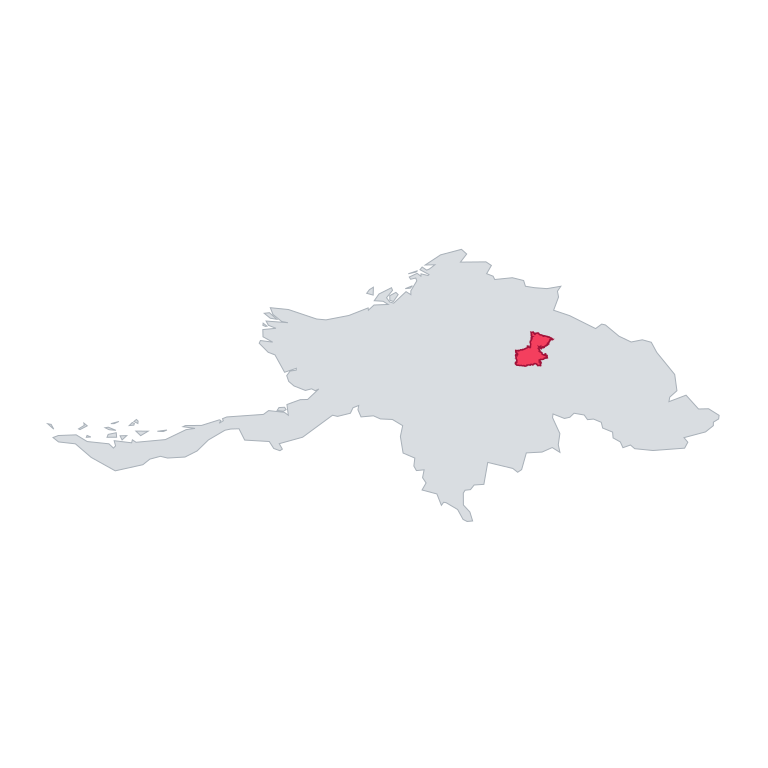 Kanbalu, Sagaing, Myanmar (highlighted), rotated 91°
{"feature_id": "60261553B80816237630627", "entity_name": "Kanbalu", "entity_type": "district", "adm_level": 2, "iso_a3": "MMR", "parent_name": "Myanmar", "parent_adm1": "Sagaing", "projection": "natural_earth1", "projection_center": [95.451, 23.357], "detail": "fine", "context": "in_parent", "style": "filled", "palette": "rose", "viewbox_px": 768, "rotation_deg": 91, "n_neighbors": 0, "source": "geoboundaries", "source_scale": "gbopen_adm2", "svg_char_len": 9031}
<svg xmlns="http://www.w3.org/2000/svg" viewBox="0 0 768 768"><g transform="rotate(91 384 384)"><path d="M489.3,344.1L482.2,340.2L477.0,343.8L469.1,342.4L470.0,350.1L465.5,352.7L457.5,351.9L452.7,363.7L436.2,366.7L425.3,364.6L419.3,375.0L419.0,386.9L416.0,394.0L417.3,406.4L410.2,409.6L405.9,408.9L408.3,414.6L413.8,417.1L417.2,429.9L416.1,434.9L438.6,464.4L445.5,487.7L450.9,484.5L452.5,486.9L450.4,493.1L443.5,497.7L442.5,522.3L431.3,528.2L431.7,536.4L433.0,542.2L443.0,558.6L454.2,569.7L460.5,581.7L461.8,599.1L460.2,606.3L463.2,616.8L468.9,623.7L475.5,651.2L462.5,675.5L449.2,691.5L447.6,708.4L443.3,714.0L441.2,708.7L440.2,690.9L446.7,679.8L448.6,658.0L452.8,653.4L450.6,651.3L445.4,652.8L447.2,635.3L444.2,634.6L446.6,630.9L443.4,601.6L433.1,581.1L431.7,572.2L430.2,584.2L429.0,581.8L428.6,565.7L422.7,548.0L423.3,546.5L426.1,548.0L423.5,544.0L421.5,544.9L419.7,540.6L416.5,504.0L412.6,498.9L414.1,483.1L416.9,479.1L406.2,480.7L401.1,467.4L400.8,460.1L390.1,449.1L391.9,452.6L390.1,456.3L391.8,462.5L387.5,474.0L383.1,479.3L377.3,481.4L372.7,478.1L371.7,472.0L369.8,471.9L374.0,483.6L356.8,493.5L354.3,500.4L345.4,509.5L342.7,508.3L344.1,496.0L338.9,505.8L331.7,506.1L330.2,493.0L327.3,500.6L323.1,503.0L324.4,481.1L323.2,487.5L316.4,496.2L309.7,499.0L311.2,480.9L320.2,452.5L320.9,443.1L316.1,420.3L308.2,401.2L310.5,400.9L305.2,395.4L304.4,381.2L301.3,386.3L300.9,395.2L294.1,390.6L287.6,378.2L290.2,377.1L297.7,383.0L301.9,379.7L303.0,375.7L291.3,363.6L294.2,358.7L290.4,358.8L280.3,353.0L277.5,354.1L278.8,359.2L276.6,360.6L272.8,352.8L275.6,349.0L273.2,348.9L274.8,341.9L273.8,340.9L269.1,350.0L266.4,347.9L269.4,343.3L268.2,340.6L263.9,335.2L264.3,344.9L253.9,329.7L248.0,308.9L252.6,303.6L260.8,309.7L260.1,284.2L263.6,278.7L271.9,283.3L274.3,276.8L277.6,275.1L275.5,257.5L278.1,246.2L283.8,244.3L285.1,235.1L285.8,222.7L283.2,208.9L288.2,212.2L294.0,211.0L307.3,215.7L312.4,199.6L324.9,173.4L320.3,167.4L321.1,163.6L332.1,149.9L337.7,137.6L335.3,126.5L337.6,117.5L347.7,111.8L369.4,93.5L385.6,91.0L392.2,98.1L396.7,98.8L389.9,81.8L403.5,69.1L403.1,59.0L409.5,48.4L413.1,48.8L416.4,54.0L419.9,54.0L426.3,61.7L432.4,83.1L436.9,79.2L442.9,82.3L445.8,113.9L444.3,132.2L440.7,136.5L443.5,144.0L437.8,146.7L433.9,154.0L428.1,154.6L424.2,164.6L418.5,166.1L415.4,173.9L416.1,179.9L411.5,183.3L409.9,193.5L414.0,197.6L415.3,203.0L411.0,214.5L414.7,214.9L430.5,207.3L441.7,208.7L449.3,206.9L444.6,214.7L449.3,224.8L450.4,240.5L467.2,244.9L469.9,248.8L466.2,253.7L460.6,278.9L482.6,282.4L483.4,292.1L488.1,295.7L488.8,301.1L491.7,302.8L503.6,302.5L510.5,295.9L519.4,293.0L520.0,298.5L518.0,302.6L508.2,308.2L501.6,319.8L501.2,322.3L504.3,324.5L493.0,329.2L489.3,344.1ZM294.4,371.4L301.4,376.1L300.1,379.6L295.6,379.8L292.2,373.7L294.4,371.4ZM435.3,619.0L439.9,626.4L435.4,631.3L435.3,619.0ZM293.6,402.9L289.9,400.2L287.4,396.3L295.3,396.4L293.6,402.9ZM441.9,650.4L442.1,660.0L439.2,658.9L437.4,650.9L441.9,650.4ZM320.2,498.9L315.4,505.0L314.7,499.8L321.2,492.2L320.2,498.9ZM412.3,490.4L409.4,488.6L409.0,483.0L411.3,481.4L413.0,484.1L412.3,490.4ZM432.6,662.1L432.0,658.9L435.0,651.2L434.5,658.0L432.6,662.1ZM431.0,680.0L434.9,687.2L434.2,688.6L430.6,683.0L428.3,683.4L431.0,680.0ZM444.5,644.9L440.4,647.0L440.1,640.3L444.5,644.9ZM434.9,713.4L429.6,719.6L430.2,716.1L434.9,713.4ZM271.5,353.9L273.4,361.7L270.1,352.4L271.5,353.9ZM435.4,603.9L435.2,609.8L433.8,600.2L435.4,603.9ZM287.7,359.4L288.3,364.4L285.3,357.3L287.7,359.4ZM430.0,638.0L426.9,635.0L427.9,632.9L429.5,633.4L430.0,638.0ZM427.8,629.4L425.8,633.4L423.8,630.9L425.4,629.2L427.8,629.4ZM428.3,653.0L428.4,656.4L426.1,648.4L428.3,653.0ZM327.5,506.1L325.3,505.9L328.2,502.0L328.5,503.4L327.5,506.1ZM442.5,680.7L440.6,680.0L442.1,676.2L442.5,680.7Z" fill="#d9dde1" stroke="#a8b0b8" stroke-width="1"/><path d="M362.7,228.9L363.0,228.1L362.9,227.8L362.7,227.9L362.4,227.7L362.1,227.9L361.1,227.7L361.1,227.9L360.9,227.9L360.7,228.0L360.5,227.7L360.3,228.0L360.3,227.8L360.1,227.8L359.9,227.7L359.7,227.5L359.7,227.4L358.9,227.8L358.8,228.4L358.6,228.5L358.5,228.8L358.4,229.0L358.2,228.7L358.0,228.9L357.9,228.8L357.6,229.0L357.6,228.7L357.4,228.6L357.2,228.2L356.9,228.4L356.6,228.0L356.7,226.8L356.6,226.3L356.7,226.0L356.6,225.8L356.5,225.2L356.4,224.9L356.1,224.6L355.8,224.2L355.4,224.2L355.4,223.9L355.2,223.5L355.4,223.2L355.0,222.0L355.2,221.7L355.0,221.1L354.7,221.2L354.2,221.5L354.3,221.6L354.1,221.6L353.9,221.9L353.7,221.7L353.5,221.8L353.5,221.4L353.3,221.4L353.3,221.5L353.1,221.5L353.3,221.8L353.0,221.7L353.1,222.2L352.7,222.4L352.8,222.5L352.9,222.4L352.9,222.6L352.8,222.8L352.6,222.6L352.2,222.7L351.7,222.6L351.5,223.0L351.2,222.8L351.0,223.0L351.2,223.4L351.3,223.4L351.3,223.7L351.7,223.9L351.8,223.7L352.0,223.9L352.1,224.0L352.3,224.0L352.1,224.5L352.3,224.6L352.1,225.0L351.6,226.0L351.4,226.4L351.1,226.5L350.9,226.5L350.7,226.6L350.3,226.5L350.1,226.6L349.7,227.2L349.4,227.5L349.3,228.4L349.0,228.6L348.6,228.6L348.3,228.7L348.3,228.9L348.2,228.8L348.1,229.0L347.9,229.0L347.6,229.3L347.4,229.3L347.3,229.2L347.0,229.2L346.8,229.3L346.7,229.7L346.2,229.8L346.0,229.4L346.0,229.5L345.9,229.5L345.5,229.8L345.4,230.1L345.2,229.8L344.9,229.6L344.5,229.6L344.3,229.7L344.5,229.4L344.0,229.1L343.9,228.9L344.2,229.1L344.4,228.8L344.4,228.5L345.2,228.3L345.8,227.9L346.1,227.4L346.0,227.2L345.4,226.9L345.2,227.0L345.3,227.2L345.6,227.2L345.7,227.4L345.5,227.5L344.8,227.1L344.3,227.3L344.1,226.3L344.4,226.1L344.8,225.6L344.3,225.4L344.5,225.0L344.0,224.8L344.0,224.7L344.6,224.6L344.6,224.4L343.5,223.9L343.2,223.5L343.2,222.8L342.9,222.7L342.7,222.8L342.5,222.6L342.5,222.0L342.1,221.8L342.4,221.6L342.3,221.4L342.1,221.5L342.0,221.3L342.0,221.2L341.8,221.2L341.8,221.4L341.6,221.0L341.4,221.2L341.3,220.9L341.2,221.0L341.0,220.8L341.0,221.0L340.9,221.0L340.9,220.7L340.8,220.8L340.7,220.7L340.6,220.9L340.6,220.7L340.4,220.8L340.4,220.7L340.3,220.4L340.2,220.5L340.1,220.4L339.9,220.3L339.7,220.2L339.6,219.9L339.2,219.7L338.9,219.4L338.6,219.5L338.5,219.4L338.4,219.5L338.1,219.0L337.8,219.0L337.2,219.0L336.9,218.7L336.8,218.8L336.7,218.7L336.8,218.5L336.7,218.5L336.7,218.1L336.5,217.9L336.5,217.7L336.7,217.3L336.8,216.6L336.7,216.1L336.5,215.9L336.5,216.3L336.1,216.8L335.9,216.9L335.8,216.7L335.4,217.2L335.2,217.3L335.0,218.5L334.6,218.9L334.5,219.3L334.2,219.4L334.0,220.1L334.3,220.7L334.0,221.1L333.8,221.1L333.6,221.6L333.7,221.9L333.5,222.5L333.4,222.7L333.0,224.5L333.4,224.9L333.5,225.5L333.3,225.8L332.8,225.8L332.7,226.5L332.3,227.0L332.2,227.7L332.1,227.9L332.2,228.1L332.1,228.4L332.1,228.6L332.1,228.9L331.8,229.2L331.5,229.8L330.8,230.1L330.4,230.5L330.3,230.8L330.2,231.0L330.5,231.5L330.5,232.5L330.6,233.1L331.0,233.3L331.2,233.7L331.7,233.8L331.8,233.9L331.7,234.2L331.4,234.5L331.2,234.6L330.6,234.4L330.5,234.6L330.4,234.8L330.4,235.3L330.3,235.5L329.9,235.4L329.7,235.6L329.4,235.8L329.5,236.0L329.6,236.5L329.7,236.9L329.8,237.4L329.7,237.9L330.2,237.7L331.5,237.7L331.8,237.4L332.1,237.2L332.3,237.2L332.6,237.6L333.2,237.6L333.9,237.1L334.0,236.5L334.3,237.1L334.6,236.9L334.7,237.0L334.9,237.1L334.9,237.3L335.0,237.4L335.2,237.0L335.6,236.8L335.8,237.0L335.7,237.3L335.8,237.6L336.0,237.6L336.3,237.3L336.7,237.4L336.8,237.5L337.0,237.2L338.4,237.9L338.5,238.4L338.8,238.5L339.2,238.5L339.5,238.5L339.8,238.6L340.0,238.5L340.8,238.3L341.0,238.1L341.5,238.1L342.2,238.0L342.5,238.1L342.9,238.4L343.4,238.4L343.6,238.2L344.1,238.3L344.4,238.2L344.6,238.5L345.0,238.5L345.0,239.1L344.7,239.7L344.3,239.8L343.7,240.4L343.5,240.7L343.6,241.3L343.9,241.3L344.4,240.9L344.8,240.8L345.3,241.6L345.5,241.8L345.7,242.6L346.3,243.4L346.5,244.3L346.9,244.6L347.1,245.0L347.0,246.0L347.6,246.5L347.5,247.1L347.4,247.3L347.4,248.0L348.0,248.9L348.2,249.0L348.3,249.7L348.6,250.3L348.6,250.5L348.1,250.6L348.3,251.1L348.2,252.4L348.3,252.5L348.2,252.9L348.8,252.9L349.2,252.6L349.3,252.5L349.6,252.6L349.8,252.8L350.1,252.7L350.3,252.5L350.3,252.3L350.7,252.1L350.7,251.9L350.9,251.8L350.9,251.4L351.2,251.3L351.6,250.9L351.9,250.8L352.2,250.9L352.2,251.0L352.3,251.0L352.5,251.2L352.6,251.5L352.8,251.5L352.3,252.0L352.2,252.6L352.6,252.6L352.7,252.9L352.9,253.0L353.0,253.0L353.3,252.7L353.7,252.8L354.7,252.4L355.2,252.3L355.5,252.5L355.5,252.4L355.8,252.3L356.6,252.2L357.1,252.0L357.4,251.7L357.9,251.5L358.3,251.7L358.7,251.6L359.2,251.7L359.8,251.5L360.0,251.6L359.9,251.8L360.0,252.1L360.1,252.3L360.0,252.8L360.5,252.9L360.6,253.0L361.5,253.0L362.0,252.5L361.6,252.4L361.7,252.2L362.8,251.7L362.9,250.9L362.9,249.8L363.2,248.6L363.0,246.9L363.3,246.4L363.4,245.0L363.1,244.7L363.1,244.3L363.2,244.1L363.7,243.6L363.7,243.4L363.6,242.6L363.4,242.2L363.3,241.6L362.6,241.4L362.7,240.9L362.4,240.2L362.4,239.4L362.6,238.2L362.4,238.2L361.9,237.8L361.8,237.4L361.8,237.0L362.1,236.5L362.3,236.1L362.3,235.9L362.3,235.4L362.2,235.2L361.7,235.2L361.5,234.9L361.4,234.3L361.2,234.3L361.0,234.0L360.9,233.7L361.1,233.2L361.0,232.6L361.3,232.1L361.4,231.8L361.5,231.6L361.9,231.6L362.0,231.3L362.3,230.9L362.8,230.7L362.7,230.5L362.9,230.1L362.8,229.9L362.7,228.9Z" fill="#f43f5e" stroke="#9f1239" stroke-width="1.5"/></g></svg>